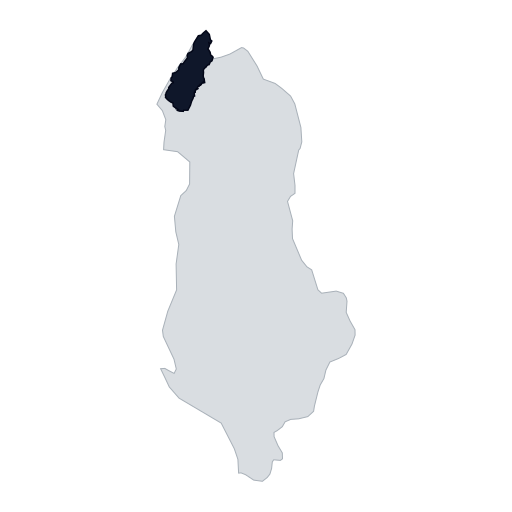 Malësi e Madhe, Shkodër, Albania (highlighted)
{"feature_id": "67620474B62137861373373", "entity_name": "Malësi e Madhe", "entity_type": "district", "adm_level": 2, "iso_a3": "ALB", "parent_name": "Albania", "parent_adm1": "Shkodër", "projection": "albers", "projection_center": [19.601, 42.395], "detail": "fine", "context": "in_parent", "style": "filled", "palette": "ink", "viewbox_px": 512, "rotation_deg": 0, "n_neighbors": 0, "source": "geoboundaries", "source_scale": "gbopen_adm2", "svg_char_len": 2779}
<svg xmlns="http://www.w3.org/2000/svg" viewBox="0 0 512 512"><path d="M163.6,149.7L164.0,142.2L165.7,130.4L164.8,126.5L165.8,119.7L162.4,110.7L156.9,104.2L162.3,92.7L170.1,78.9L177.4,67.9L186.2,56.4L192.1,45.4L198.3,35.9L203.7,33.0L206.4,35.0L207.9,39.2L207.6,51.4L209.4,55.7L213.1,58.8L221.0,57.2L229.8,54.1L241.5,47.6L243.6,48.0L247.9,51.4L257.1,66.1L263.3,79.1L275.2,83.5L281.9,88.5L290.6,96.1L294.8,103.9L300.9,127.5L301.8,141.9L300.1,148.4L298.7,150.1L293.6,173.6L295.0,185.4L295.0,193.3L290.5,196.4L287.5,201.4L292.7,220.8L292.1,229.1L292.5,238.6L301.6,260.2L306.9,266.8L311.7,269.9L317.9,289.8L321.6,293.2L336.2,291.1L343.4,293.3L346.3,297.9L347.0,301.2L346.2,312.4L350.0,320.9L355.0,329.7L355.1,335.1L352.0,344.0L346.2,354.4L338.5,358.5L329.9,362.0L325.9,370.1L323.9,378.6L320.2,385.0L317.9,392.0L314.4,406.2L313.6,411.3L307.8,416.6L298.7,418.8L290.6,419.4L285.1,421.8L282.3,426.7L277.2,430.6L274.0,432.4L274.1,436.7L278.0,445.7L282.3,452.9L282.5,458.8L280.4,460.4L273.7,459.8L272.3,461.9L271.6,468.5L269.9,474.1L267.2,477.5L262.4,481.3L253.7,480.1L245.4,474.6L241.1,472.9L238.6,473.1L237.9,459.3L234.3,448.7L221.2,423.1L179.1,398.2L169.3,387.0L164.9,377.6L160.6,368.7L164.8,368.4L168.9,370.7L174.1,373.4L176.3,369.0L174.0,359.2L163.3,336.5L162.5,330.2L167.8,311.2L176.6,289.9L176.1,264.0L178.8,244.5L175.8,231.8L174.4,216.3L180.8,195.6L186.3,190.5L189.6,184.0L189.8,162.0L177.6,151.7L163.6,149.7Z" fill="#d9dde1" stroke="#a8b0b8" stroke-width="1"/><path d="M213.1,57.2L212.2,56.3L212.0,55.9L211.4,55.5L210.7,55.1L210.1,52.2L208.8,50.0L207.9,49.1L209.4,45.7L208.9,42.8L210.5,43.7L211.8,41.0L210.4,39.8L209.3,34.4L206.0,30.7L203.3,33.0L201.3,35.4L198.4,35.7L194.5,42.0L193.6,44.2L193.0,49.9L191.6,51.6L188.0,53.4L187.2,55.3L187.4,57.9L184.5,61.6L183.1,63.8L180.7,63.9L178.9,67.3L178.7,69.9L175.8,72.5L172.6,73.3L172.2,76.9L171.1,78.1L170.9,80.7L173.2,81.9L173.3,82.7L171.8,83.3L169.8,86.0L168.7,87.5L168.8,88.6L167.1,91.0L166.1,92.9L166.1,93.5L165.4,94.9L165.7,96.3L165.5,97.4L167.3,99.4L168.7,100.6L171.0,102.2L172.9,102.9L173.3,106.2L174.9,107.4L175.9,107.9L176.0,108.7L177.5,109.0L177.3,110.0L178.1,109.9L177.7,110.5L179.5,111.1L183.3,111.3L183.7,110.2L187.9,110.2L189.0,108.0L190.4,105.3L191.2,102.6L191.8,100.8L192.6,99.3L193.3,97.7L193.4,96.5L194.6,96.0L194.3,94.2L194.2,93.8L194.4,92.3L195.2,92.3L195.3,90.5L195.4,89.8L196.4,88.9L196.6,89.5L198.0,88.6L197.5,87.7L198.0,86.3L199.1,86.3L199.3,85.2L200.5,84.0L200.0,85.7L201.4,84.3L201.6,83.5L203.1,82.1L203.2,83.0L204.7,82.6L204.3,80.1L204.2,78.9L203.5,77.6L203.2,75.9L203.5,72.7L203.5,72.0L203.5,71.9L203.3,70.8L203.6,69.3L204.7,68.2L205.6,67.0L206.1,67.0L206.6,66.1L207.6,65.0L208.3,64.8L209.0,64.7L209.7,63.3L210.1,62.1L212.0,60.8L212.8,58.0L213.1,57.2Z" fill="#0f172a" stroke="#020617" stroke-width="1.5"/></svg>